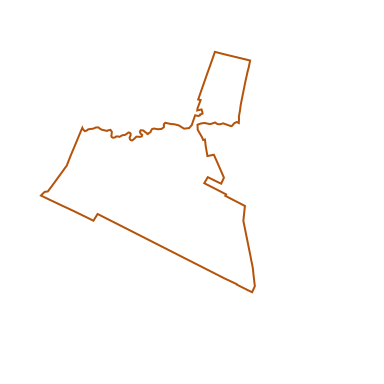 outline of Peretu, Teleorman, Romania, rotated 324°
{"feature_id": "2599482B52824361951621", "entity_name": "Peretu", "entity_type": "district", "adm_level": 2, "iso_a3": "ROU", "parent_name": "Romania", "parent_adm1": "Teleorman", "projection": "natural_earth1", "projection_center": [25.098, 44.029], "detail": "fine", "context": "isolated", "style": "outline", "palette": "amber", "viewbox_px": 384, "rotation_deg": 324, "n_neighbors": 0, "source": "geoboundaries", "source_scale": "gbopen_adm2", "svg_char_len": 2215}
<svg xmlns="http://www.w3.org/2000/svg" viewBox="0 0 384 384"><g transform="rotate(324 192 192)"><path d="M316.3,119.8L315.7,119.1L300.2,100.9L292.9,92.1L283.7,98.5L274.3,104.9L258.3,116.0L251.4,120.8L253.0,122.7L245.6,127.6L244.6,128.7L244.2,129.1L248.2,130.8L247.6,132.8L246.6,134.8L244.0,134.1L243.4,134.7L241.9,134.3L239.6,131.8L231.7,137.3L231.6,137.6L227.3,138.6L222.8,136.1L220.5,130.4L217.5,126.8L214.8,124.5L211.1,120.3L209.1,120.6L207.4,123.0L204.5,123.1L201.3,121.2L198.4,118.2L196.6,117.6L195.0,118.3L193.5,119.2L191.6,119.0L190.3,119.2L189.9,118.4L190.0,117.6L189.2,115.7L188.8,113.7L186.9,111.9L185.3,112.6L184.7,114.5L185.3,116.5L184.2,117.4L182.6,117.0L179.5,114.5L175.8,115.1L173.8,115.1L172.9,114.0L172.9,112.4L173.7,111.1L175.6,110.1L176.7,108.6L176.4,107.3L175.5,106.5L173.3,106.6L171.3,106.4L168.9,105.1L165.8,104.8L164.9,103.7L163.3,102.5L161.8,102.6L160.0,101.7L159.4,100.5L159.6,99.3L161.0,98.0L162.5,96.2L162.6,93.8L160.6,92.9L159.1,92.6L155.9,88.9L154.9,87.2L154.2,84.7L152.2,83.3L149.3,82.7L147.0,81.4L144.9,80.3L143.9,80.4L143.0,80.4L141.1,79.8L140.8,78.1L140.7,77.4L140.7,77.2L140.8,76.4L141.0,75.6L137.8,77.5L126.2,84.6L114.8,91.5L106.1,97.1L102.7,98.1L101.4,98.6L81.9,104.9L75.7,106.8L72.9,105.3L69.2,105.8L67.7,106.1L72.6,115.2L78.4,125.8L85.1,137.9L91.4,149.7L95.4,157.3L102.7,154.3L167.7,281.4L173.8,292.4L174.0,292.9L173.8,293.1L174.6,294.8L175.5,296.6L178.7,302.7L179.5,304.4L179.8,304.8L180.5,306.1L181.7,308.4L184.6,306.8L187.4,305.2L188.2,303.9L189.4,301.7L193.8,293.9L195.4,291.2L196.4,289.4L197.9,286.3L200.5,280.5L201.1,279.4L201.6,278.3L216.6,245.5L226.6,234.4L216.7,214.7L218.2,214.0L211.8,201.3L207.1,192.1L213.5,189.3L217.8,197.5L220.5,202.4L226.1,199.3L226.3,199.0L228.9,187.3L231.6,174.7L225.6,172.0L230.4,162.3L232.2,159.2L233.3,157.1L231.6,156.5L232.3,153.5L233.2,145.0L236.0,140.8L239.5,141.8L242.8,143.6L246.3,147.5L247.7,148.2L251.5,149.3L252.5,152.0L254.4,153.7L257.6,154.8L258.3,155.9L262.3,161.7L263.4,162.0L264.9,161.6L266.5,161.2L269.2,161.6L269.4,161.8L270.4,163.7L273.3,160.1L274.1,158.7L279.0,154.0L282.1,150.7L282.9,149.9L299.8,134.3L307.6,127.4L308.9,126.3L310.8,124.8L316.0,120.1L316.3,119.8Z" fill="none" stroke="#b45309" stroke-width="2"/></g></svg>